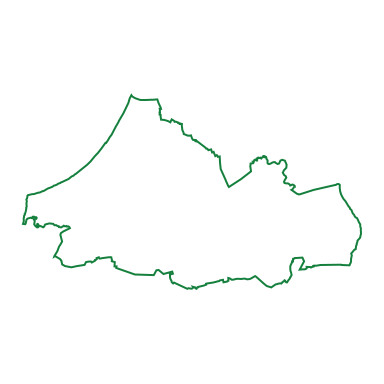 outline of Kombo North, Banjul, Gambia
{"feature_id": "56634734B65078205245432", "entity_name": "Kombo North", "entity_type": "district", "adm_level": 2, "iso_a3": "GMB", "parent_name": "Gambia", "parent_adm1": "Banjul", "projection": "orthographic", "projection_center": [-16.683, 13.381], "detail": "fine", "context": "isolated", "style": "outline", "palette": "green", "viewbox_px": 384, "rotation_deg": 0, "n_neighbors": 0, "source": "geoboundaries", "source_scale": "gbopen_adm2", "svg_char_len": 5949}
<svg xmlns="http://www.w3.org/2000/svg" viewBox="0 0 384 384"><path d="M341.6,265.0L349.5,265.3L350.3,263.3L350.7,262.8L351.1,260.8L351.0,259.2L351.8,255.4L351.2,253.5L352.2,252.4L354.5,249.6L355.7,249.2L356.1,245.8L356.7,244.7L356.7,243.6L357.4,241.9L357.5,240.6L359.1,238.9L360.1,237.6L361.0,233.7L360.8,229.9L360.9,228.3L360.3,226.8L360.2,224.3L359.0,222.4L357.5,218.9L356.8,217.9L355.6,217.4L354.7,216.3L354.2,215.0L352.7,213.3L351.4,209.9L350.1,208.9L349.6,207.3L348.7,206.6L345.6,201.4L343.5,198.9L341.9,196.1L341.0,194.1L340.2,191.5L339.7,187.7L339.8,185.0L339.6,184.7L338.8,184.1L338.2,184.0L337.3,184.1L336.5,184.4L335.7,185.0L335.1,185.0L313.7,189.9L299.9,194.3L298.6,194.4L298.4,194.2L297.0,193.8L291.5,189.9L292.5,189.4L294.3,186.7L294.8,186.7L294.6,185.7L292.9,184.6L292.2,184.6L291.2,185.2L290.2,185.5L289.9,184.7L288.9,183.9L287.9,183.4L286.2,183.4L284.5,183.0L284.0,181.9L284.8,180.0L286.3,177.6L285.7,176.1L284.2,175.1L282.8,172.7L284.0,170.2L286.3,167.8L286.6,164.7L284.9,160.7L282.2,159.8L280.4,160.6L279.1,163.5L277.7,164.0L275.5,162.8L274.9,162.1L273.6,162.1L272.1,162.7L270.6,163.6L269.0,164.1L268.0,163.7L267.5,163.0L267.6,160.4L266.5,158.9L266.3,157.6L266.0,156.9L265.2,156.5L265.2,157.1L265.0,157.3L264.6,157.2L263.9,156.1L263.6,156.0L263.2,156.1L263.1,156.4L263.0,157.2L262.1,157.5L261.8,157.8L261.2,158.5L260.9,158.2L260.9,157.8L260.7,157.6L260.1,157.7L259.9,158.0L259.2,158.1L258.5,158.1L258.1,157.6L257.6,157.8L257.4,158.6L256.8,158.7L256.9,159.9L257.1,160.2L257.1,160.5L256.4,160.6L255.3,159.7L255.0,159.9L254.5,159.9L254.0,160.9L253.9,161.5L253.1,161.6L253.6,162.2L253.2,163.2L250.6,163.5L250.3,166.3L251.0,171.4L240.9,179.2L228.9,187.0L228.3,186.1L225.9,180.8L225.5,179.7L220.7,169.0L220.0,162.4L219.7,156.5L217.8,156.8L217.5,156.0L216.8,155.1L215.3,156.1L213.6,151.9L212.6,152.4L212.1,152.5L211.1,149.4L208.4,150.2L207.4,148.8L206.4,148.7L206.4,148.4L205.9,148.2L205.3,147.5L196.9,141.1L196.7,141.5L195.5,141.2L195.8,140.1L194.9,139.9L193.3,140.0L192.8,139.7L191.9,138.1L191.0,135.4L189.5,135.7L187.6,135.6L184.6,134.3L183.8,134.1L183.6,132.8L182.2,129.6L182.2,128.4L181.8,125.8L181.9,124.0L180.0,124.0L180.2,123.5L178.2,123.0L178.3,122.6L175.9,121.7L174.6,121.8L174.3,121.0L171.7,119.4L170.3,122.3L168.3,121.2L165.9,120.4L164.0,119.9L161.1,119.7L160.7,117.3L160.6,114.8L159.6,114.6L159.7,112.9L160.0,112.8L160.0,112.3L159.6,112.2L160.0,110.2L159.7,108.9L161.0,108.9L160.7,107.7L158.7,103.4L157.3,99.4L152.1,99.8L150.8,99.7L148.9,99.9L144.8,100.0L141.4,100.0L139.7,99.8L135.2,98.2L133.4,97.2L132.2,96.4L131.4,95.2L129.7,98.4L128.4,102.9L123.4,113.3L118.8,121.1L118.5,122.0L115.7,126.8L111.6,134.7L109.7,137.2L107.8,140.5L106.1,143.0L105.5,142.8L101.5,148.4L97.9,153.0L94.9,156.1L90.4,161.6L87.1,164.8L75.8,173.9L75.1,174.2L73.3,175.8L71.6,176.5L68.7,178.9L66.6,179.9L64.0,181.1L62.2,182.0L61.1,182.3L60.3,183.0L58.1,183.7L57.0,184.6L55.0,185.4L54.0,185.6L52.5,186.7L50.4,187.6L48.6,188.2L47.3,188.8L44.2,190.7L43.3,191.1L42.6,191.1L40.5,192.2L39.5,192.6L38.4,192.6L34.2,194.0L31.9,194.2L27.9,195.2L27.3,196.1L27.4,196.9L27.0,198.4L26.4,199.4L26.8,201.1L26.5,203.0L26.5,204.8L26.7,206.3L26.3,207.6L26.1,207.9L26.3,208.8L25.7,211.6L25.1,213.5L24.7,213.9L24.9,214.3L24.5,215.3L24.1,215.8L24.0,217.1L23.7,218.3L23.8,221.3L23.0,223.9L24.2,224.1L25.3,224.1L25.7,223.4L26.5,219.7L27.5,218.6L30.7,217.7L31.6,218.1L32.5,218.1L32.8,218.0L32.7,216.8L33.8,216.6L34.8,217.2L36.2,217.2L36.6,217.6L36.5,218.6L36.2,218.9L35.1,218.9L34.4,219.1L33.9,219.7L34.7,220.6L34.7,221.4L34.2,224.3L35.3,225.9L36.9,227.3L38.0,227.3L38.5,226.8L38.3,226.0L37.6,225.5L37.1,224.8L37.2,224.1L37.5,223.9L38.0,224.1L38.4,225.0L39.1,225.7L40.9,226.2L43.1,227.3L43.5,227.2L44.4,226.2L44.7,225.2L45.2,224.5L49.4,223.4L53.3,223.9L54.4,225.2L56.3,225.2L57.4,226.0L58.7,226.2L58.9,227.0L60.5,227.3L61.5,227.3L62.3,226.6L63.0,226.4L63.8,225.7L65.1,226.4L66.5,226.0L67.0,226.6L68.4,226.4L69.4,227.1L69.9,228.2L63.4,231.4L60.8,233.2L60.4,234.9L62.1,241.6L60.0,245.2L59.1,246.5L57.3,251.3L54.5,255.9L54.3,256.5L54.6,256.3L55.6,256.4L60.0,259.0L60.8,259.9L60.9,260.3L61.3,260.5L62.2,264.5L65.2,266.1L71.4,267.3L76.9,266.1L84.6,264.9L86.0,262.1L88.5,261.6L90.9,261.5L91.8,262.5L95.0,260.7L95.1,259.9L95.9,259.8L96.5,259.4L96.8,259.1L96.6,258.1L98.8,257.3L99.1,258.2L99.3,258.4L99.7,258.6L102.6,258.1L108.4,257.3L110.7,257.2L111.3,257.3L111.4,257.9L112.0,260.1L111.8,261.2L114.8,262.1L114.5,266.4L115.5,266.5L116.5,266.4L116.3,268.0L134.9,274.5L153.8,275.1L156.4,270.3L158.6,270.0L163.5,274.0L172.2,271.6L172.9,273.7L171.4,274.2L169.9,274.1L170.0,274.5L170.0,277.1L170.3,278.7L171.5,281.0L171.7,282.0L172.3,282.7L173.1,283.4L174.0,282.6L187.3,288.8L188.4,288.2L191.4,288.7L192.3,288.4L193.2,287.6L193.1,287.1L192.9,286.8L195.0,287.3L195.3,288.2L196.5,288.8L196.8,288.5L197.0,287.8L197.3,287.5L197.8,287.4L197.7,287.1L198.2,286.9L203.7,285.6L206.2,284.7L206.1,283.7L206.9,283.5L214.0,282.4L215.0,282.0L215.4,282.0L218.2,281.2L218.8,281.2L219.6,280.8L219.9,280.4L223.0,279.8L223.5,282.3L227.3,281.5L227.4,281.2L228.4,280.8L228.3,278.0L229.8,278.4L231.9,279.8L234.1,279.5L236.1,278.9L238.3,278.8L241.0,279.0L243.4,278.7L245.3,278.7L246.0,279.0L247.1,279.3L249.2,279.1L250.4,278.8L255.1,276.1L256.2,276.8L263.8,283.6L266.7,286.0L271.3,287.4L275.6,284.4L277.3,284.1L278.1,283.7L280.4,283.3L281.2,283.6L281.7,283.3L282.2,282.4L283.0,281.7L283.3,281.7L283.7,281.5L284.5,280.3L285.1,280.6L285.3,281.3L286.3,282.4L287.0,282.4L287.2,282.1L288.4,280.2L289.8,278.5L290.2,277.2L290.7,276.8L291.6,275.0L291.0,272.2L290.5,271.0L290.3,269.2L290.3,266.2L291.8,262.7L292.1,262.5L292.0,261.4L293.0,261.4L293.1,258.8L294.2,258.6L294.5,258.4L294.6,258.1L302.4,257.6L304.1,261.3L299.7,269.6L303.4,269.3L303.9,269.4L305.3,269.2L306.1,268.8L306.7,268.3L306.6,266.9L307.4,266.9L308.2,267.1L309.4,267.0L310.6,267.1L311.0,267.5L311.4,267.2L313.3,266.6L313.0,266.3L313.1,265.9L314.1,265.6L316.4,265.7L320.3,265.0L341.2,264.7L341.6,265.0Z" fill="none" stroke="#15803d" stroke-width="2"/></svg>